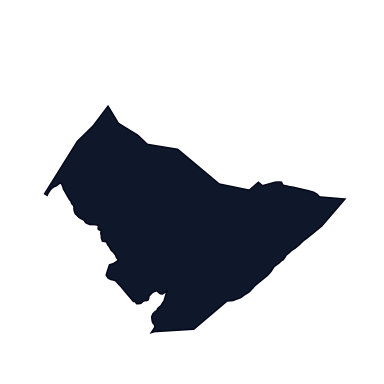 outline of San Pedro Jocotipac, Oaxaca, Mexico, rotated 238°
{"feature_id": "50627088B2588264946725", "entity_name": "San Pedro Jocotipac", "entity_type": "district", "adm_level": 2, "iso_a3": "MEX", "parent_name": "Mexico", "parent_adm1": "Oaxaca", "projection": "mercator", "projection_center": [-97.075, 17.749], "detail": "fine", "context": "isolated", "style": "filled", "palette": "ink", "viewbox_px": 384, "rotation_deg": 238, "n_neighbors": 0, "source": "geoboundaries", "source_scale": "gbopen_adm2", "svg_char_len": 2047}
<svg xmlns="http://www.w3.org/2000/svg" viewBox="0 0 384 384"><g transform="rotate(238 192 192)"><path d="M74.7,120.8L81.0,164.0L78.3,169.0L76.6,177.5L77.0,182.4L76.9,186.7L77.2,188.5L78.8,194.2L79.4,196.8L80.3,204.1L81.3,211.8L82.8,217.0L85.2,222.0L85.7,228.5L86.4,231.6L86.2,233.2L87.3,236.1L88.5,238.2L89.1,242.7L89.6,244.9L89.7,249.6L90.4,254.7L91.3,258.8L91.7,260.8L92.0,264.5L92.0,265.0L94.4,284.1L105.0,318.0L120.3,297.5L123.6,297.0L127.4,295.0L131.5,291.3L143.0,279.8L144.6,277.7L146.5,276.0L149.6,272.7L152.9,273.1L154.1,271.5L156.2,267.9L159.8,255.8L160.3,255.0L165.1,253.5L163.2,241.6L184.4,219.3L235.8,202.5L247.8,188.8L256.1,179.4L268.9,176.1L277.7,171.7L289.2,166.0L309.3,166.3L300.5,143.3L295.7,121.6L268.6,66.0L265.9,67.4L267.1,69.1L268.0,71.2L269.0,73.3L269.4,75.4L269.6,77.8L269.1,79.9L269.4,82.9L269.5,84.9L268.6,85.6L267.4,85.6L266.0,85.4L264.7,85.2L262.4,84.5L260.4,84.5L254.0,84.2L250.4,84.1L247.9,84.5L246.7,83.9L245.2,84.0L243.4,84.4L241.5,83.8L240.4,83.0L238.4,82.1L235.5,81.5L233.4,82.0L230.2,82.7L227.7,84.1L225.0,85.6L222.5,85.5L220.5,86.7L218.5,88.1L217.2,90.2L214.9,93.5L213.2,94.6L212.0,94.2L210.9,93.0L209.8,92.8L208.6,93.5L207.9,94.3L207.0,94.4L205.6,92.9L203.2,92.0L201.0,90.8L197.7,89.9L196.7,91.2L195.5,92.7L193.9,92.9L192.0,92.5L189.6,92.8L185.4,92.6L182.5,93.4L179.4,93.7L176.1,93.2L173.4,93.6L173.0,91.9L172.9,87.7L174.0,83.4L168.9,77.3L167.0,75.2L163.5,75.2L160.9,76.7L159.1,78.6L157.3,80.1L154.7,80.6L152.8,80.9L149.8,81.6L140.4,82.8L135.4,83.6L130.2,84.3L129.4,85.5L127.9,85.8L126.6,85.8L125.1,88.4L124.7,89.8L125.0,91.3L125.2,92.8L124.8,94.5L123.9,96.0L123.7,97.5L125.0,99.1L126.6,100.4L127.0,102.4L127.7,105.0L127.5,107.5L127.0,109.6L126.0,110.1L124.8,110.4L123.2,110.9L121.9,111.7L121.1,113.0L121.2,116.1L121.8,119.4L119.2,115.9L114.4,110.5L113.5,108.3L112.0,105.4L111.8,103.5L111.4,101.2L110.1,99.3L110.1,97.3L109.4,94.3L107.5,91.6L105.7,90.8L104.3,90.1L102.3,89.5L101.0,89.5L98.9,89.8L98.2,89.4L97.2,89.2L94.3,83.0L93.5,86.1L74.7,120.8Z" fill="#0f172a" stroke="#020617" stroke-width="1.5"/></g></svg>